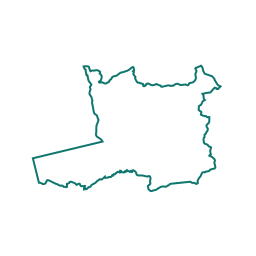 the Province of North-Western, rotated 347°
{"feature_id": "ZMB-521", "entity_name": "North-Western", "entity_type": "Province", "adm_level": 1, "iso_a3": "ZMB", "parent_name": "Zambia", "parent_adm1": "", "projection": "albers", "projection_center": [25.141, -12.794], "detail": "fine", "context": "isolated", "style": "outline", "palette": "teal", "viewbox_px": 256, "rotation_deg": 347, "n_neighbors": 0, "source": "natural_earth", "source_scale": "10m", "svg_char_len": 5847}
<svg xmlns="http://www.w3.org/2000/svg" viewBox="0 0 256 256"><g transform="rotate(347 128 128)"><path d="M28.9,161.3L28.5,136.1L100.1,135.5L99.7,134.2L99.1,133.1L98.3,132.0L96.3,130.0L95.6,129.0L95.3,127.8L95.5,126.4L96.2,124.8L97.5,119.5L97.9,118.5L100.7,114.3L101.0,113.7L101.1,113.1L100.7,111.5L100.6,109.2L100.2,108.3L99.3,107.4L98.5,106.3L98.3,104.6L98.7,94.9L99.5,93.1L99.5,92.7L99.4,91.8L99.2,89.1L98.2,86.8L98.2,85.9L98.4,85.2L99.0,83.7L100.0,82.2L100.2,81.8L100.1,80.3L100.2,79.5L100.6,78.9L101.7,78.0L102.0,77.5L102.0,77.1L100.4,73.6L100.2,72.7L100.3,67.5L99.6,67.4L99.4,66.9L99.6,65.5L99.5,63.5L99.9,62.1L99.7,61.6L99.0,60.5L98.8,59.9L98.6,58.1L99.8,58.1L101.5,58.5L103.0,59.0L103.8,59.8L103.6,61.1L104.0,62.6L104.0,63.9L104.2,64.3L105.6,64.0L106.2,64.0L108.3,64.5L110.2,64.5L111.1,64.9L112.1,65.5L113.0,66.3L113.4,67.1L113.3,67.5L112.7,68.2L112.7,68.7L112.9,69.1L113.7,70.0L113.9,70.6L114.0,71.4L113.8,72.8L112.4,75.2L111.9,75.7L110.4,76.2L110.0,76.6L110.3,77.2L110.9,77.5L113.0,77.6L113.8,78.1L115.0,79.2L115.7,79.5L116.6,79.6L117.3,79.5L118.8,78.9L119.9,78.8L120.2,78.5L120.4,77.8L121.0,77.2L122.5,76.7L123.8,75.1L125.2,74.5L127.9,74.5L129.3,74.2L131.9,72.9L133.4,72.4L134.8,72.5L139.9,72.1L142.0,71.6L145.4,69.9L146.5,69.7L147.0,70.1L147.0,73.0L145.6,73.8L146.4,74.8L146.1,75.4L145.4,76.2L145.4,77.1L145.7,77.8L146.7,79.9L146.7,80.2L146.2,80.8L146.1,81.1L146.2,82.1L147.1,85.1L147.7,86.0L148.0,86.2L149.2,86.3L149.9,87.1L152.0,88.1L152.6,88.7L152.6,89.2L152.3,90.2L152.6,90.7L153.1,90.9L153.8,90.9L154.6,90.2L155.4,90.1L155.7,89.3L156.0,89.1L157.6,89.2L158.8,90.0L159.9,91.0L161.3,91.8L161.9,91.9L164.0,91.9L164.4,91.9L165.4,91.5L165.7,91.6L168.0,93.4L168.7,93.7L169.3,94.1L169.7,95.2L170.4,95.5L177.0,95.5L177.8,95.9L179.2,96.7L180.5,96.6L181.2,96.9L181.6,97.0L183.1,96.2L184.4,96.0L185.8,95.9L186.6,96.2L188.4,97.7L189.7,98.1L192.6,98.4L193.9,98.6L195.2,99.5L195.8,99.8L196.5,99.7L197.1,99.1L197.5,98.5L198.0,98.1L200.6,98.2L202.1,97.9L203.5,97.1L204.7,95.9L205.5,94.5L205.6,91.6L206.0,90.1L207.4,88.3L207.5,87.3L207.1,85.8L207.0,85.1L207.5,84.6L209.0,84.6L210.3,84.2L211.9,84.1L213.1,83.7L213.7,84.5L214.1,86.2L214.2,88.0L214.1,89.2L215.0,92.4L221.6,96.5L223.2,99.4L223.3,100.9L225.0,105.9L225.6,106.7L227.5,108.3L225.8,109.4L225.1,109.7L224.6,110.3L224.1,110.1L223.1,109.9L223.0,109.7L223.1,109.2L221.7,108.2L221.2,108.4L219.9,109.3L219.2,109.6L218.6,110.3L217.4,111.0L216.8,111.7L216.3,111.9L211.8,111.4L210.4,111.6L208.3,111.4L208.8,113.4L208.8,114.5L208.5,115.3L208.4,116.1L208.8,117.4L209.2,118.0L208.8,118.2L207.4,118.5L206.8,118.8L204.5,121.7L203.9,122.1L202.9,122.2L202.4,122.4L201.7,123.3L201.3,125.2L200.9,126.1L201.0,126.4L201.6,127.0L201.8,127.6L202.9,128.7L203.1,129.0L202.9,129.6L202.1,131.1L202.1,131.5L203.2,132.3L203.9,132.9L204.8,133.3L205.4,133.7L206.4,133.9L206.7,134.0L207.0,134.6L207.4,134.9L207.7,135.4L207.9,135.5L209.1,135.5L209.7,135.7L208.7,139.8L208.4,140.4L207.9,141.1L205.6,142.6L205.0,143.3L204.9,144.5L205.0,145.1L205.4,145.9L205.6,146.9L205.3,147.8L204.5,148.9L203.7,149.3L203.5,149.6L202.9,150.7L201.2,151.6L201.0,152.1L200.5,154.1L199.4,155.1L198.9,156.6L198.7,159.0L199.0,160.2L199.7,160.8L201.5,162.0L202.1,162.8L202.4,163.7L202.8,164.3L204.3,165.2L204.5,165.5L204.4,166.1L203.3,167.9L203.0,168.7L202.8,169.7L202.8,172.3L202.3,172.6L201.2,173.0L201.0,173.3L201.2,173.6L202.6,174.4L203.0,174.7L204.7,177.0L205.3,178.1L205.4,178.9L205.3,179.6L204.3,181.2L204.4,185.6L204.2,186.1L203.4,186.9L199.1,187.0L198.6,187.2L197.3,188.1L196.6,188.2L193.7,188.0L193.4,188.1L193.1,188.4L192.9,188.5L192.5,188.4L191.4,188.0L190.8,188.0L190.3,188.3L189.5,189.0L188.0,191.2L185.8,192.9L184.3,194.6L183.9,195.4L183.7,197.3L182.5,197.8L182.1,197.9L181.8,197.8L181.0,196.9L179.5,196.1L178.6,196.0L177.7,195.6L176.8,194.4L157.4,192.0L156.1,192.1L154.8,193.0L153.9,193.0L152.5,193.6L151.1,193.7L150.4,193.3L149.4,192.9L146.6,192.7L145.4,193.2L143.9,193.6L142.2,194.3L140.9,194.6L138.8,194.5L137.2,194.8L136.4,194.7L135.6,194.2L134.4,192.6L134.2,191.9L134.3,190.7L134.2,189.3L134.6,188.8L136.6,187.9L137.3,187.1L137.4,185.3L137.6,184.5L138.3,183.1L138.6,182.3L138.6,180.8L138.4,180.2L137.8,179.5L137.5,179.5L136.2,179.7L135.8,179.7L131.2,177.4L128.6,176.9L126.5,176.1L126.4,176.0L125.9,175.0L125.8,173.4L125.4,172.2L123.7,170.3L123.4,170.3L122.7,170.7L122.5,171.0L122.3,171.7L122.0,171.8L121.9,171.6L122.0,170.5L121.2,170.4L121.1,171.1L120.9,171.3L120.2,171.1L119.8,171.1L119.3,170.5L118.6,170.0L117.5,168.8L117.0,169.2L116.6,169.3L116.9,169.9L116.8,170.0L115.5,170.1L115.1,170.4L114.9,170.4L114.5,169.8L114.0,170.2L113.7,170.3L112.0,169.7L111.9,169.5L111.8,168.9L111.6,168.3L111.2,168.0L110.8,167.9L110.8,168.2L110.5,168.6L110.5,168.8L110.9,169.3L110.8,169.5L109.9,169.5L108.4,168.4L108.1,168.4L107.1,168.8L106.7,169.2L105.7,169.3L105.3,169.9L104.7,170.2L104.2,170.2L103.7,169.9L103.3,169.9L103.1,170.1L102.8,171.0L102.5,171.1L101.9,170.6L100.8,171.6L100.0,171.9L99.5,171.8L98.4,171.4L97.1,171.9L95.8,171.5L95.1,171.5L94.6,171.4L94.3,171.0L94.4,170.3L94.0,170.5L93.2,171.3L92.0,171.6L90.8,172.3L90.2,172.1L89.6,171.8L89.1,171.5L88.5,171.7L87.3,172.4L85.9,172.7L84.0,174.1L80.4,175.1L79.4,175.6L78.0,176.8L77.5,177.0L76.4,176.8L75.8,177.0L74.9,177.8L74.3,178.1L72.9,178.1L73.1,177.5L72.9,177.1L71.4,177.6L71.6,176.9L73.0,174.8L72.6,174.6L69.9,174.4L69.4,174.2L69.1,174.0L68.7,173.3L68.5,171.8L67.9,171.3L67.1,171.2L66.0,171.7L65.4,171.8L65.0,171.8L64.7,171.4L64.4,170.5L63.7,169.7L60.6,167.7L59.7,167.4L59.2,167.4L58.1,168.5L56.0,168.7L55.9,169.0L55.4,171.3L55.1,171.7L54.7,171.8L54.3,171.7L53.3,171.1L52.0,170.8L51.6,169.9L51.2,169.5L50.6,169.4L50.3,169.1L48.7,168.9L47.9,168.3L47.2,167.4L44.8,165.9L39.6,161.6L38.4,160.9L37.8,160.7L37.4,160.8L37.1,161.0L36.6,161.8L35.9,162.3L35.5,163.0L34.4,163.6L33.8,163.7L32.6,163.6L30.6,161.9L29.5,161.4L28.9,161.3Z" fill="none" stroke="#0f766e" stroke-width="2"/></g></svg>